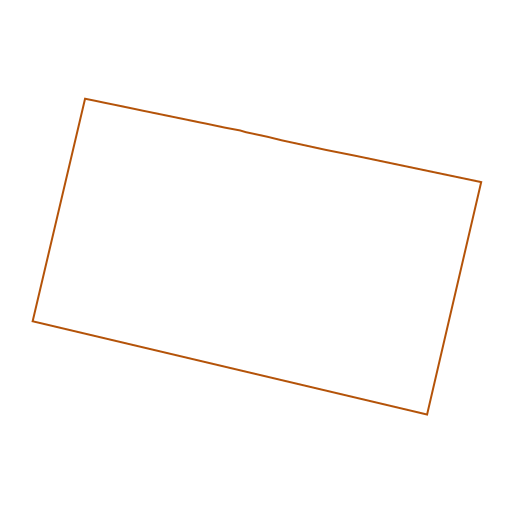 outline of Ozark, Missouri, United States of America, rotated 192°
{"feature_id": "52423323B58734474241288", "entity_name": "Ozark", "entity_type": "district", "adm_level": 2, "iso_a3": "USA", "parent_name": "United States of America", "parent_adm1": "Missouri", "projection": "mercator", "projection_center": [-92.375, 36.652], "detail": "fine", "context": "isolated", "style": "outline", "palette": "amber", "viewbox_px": 512, "rotation_deg": 192, "n_neighbors": 0, "source": "geoboundaries", "source_scale": "gbopen_adm2", "svg_char_len": 415}
<svg xmlns="http://www.w3.org/2000/svg" viewBox="0 0 512 512"><g transform="rotate(192 256 256)"><path d="M55.7,136.5L51.1,375.1L180.3,374.7L202.1,374.4L209.7,374.3L254.9,374.5L269.6,375.0L291.6,375.0L297.7,375.5L313.2,375.1L332.9,375.1L338.5,375.0L396.3,374.6L397.7,374.6L399.4,374.6L406.9,374.6L437.3,374.4L445.1,374.4L455.9,374.3L460.9,145.7L55.7,136.5Z" fill="none" stroke="#b45309" stroke-width="2"/></g></svg>